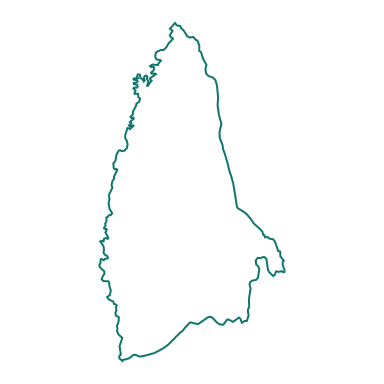 outline of Miabi, Kasaï-Oriental, Democratic Republic of the Congo
{"feature_id": "63176286B13611321695248", "entity_name": "Miabi", "entity_type": "district", "adm_level": 2, "iso_a3": "COD", "parent_name": "Democratic Republic of the Congo", "parent_adm1": "Kasaï-Oriental", "projection": "robinson", "projection_center": [23.286, -6.293], "detail": "fine", "context": "isolated", "style": "outline", "palette": "teal", "viewbox_px": 384, "rotation_deg": 0, "n_neighbors": 0, "source": "geoboundaries", "source_scale": "gbopen_adm2", "svg_char_len": 5580}
<svg xmlns="http://www.w3.org/2000/svg" viewBox="0 0 384 384"><path d="M103.4,281.1L108.4,281.3L109.1,282.2L109.4,286.0L110.8,290.5L110.5,292.0L109.9,295.1L107.1,297.0L108.7,299.4L113.3,301.6L113.7,303.1L114.0,303.9L116.1,304.6L116.7,305.5L116.4,306.2L115.8,307.9L116.2,309.4L116.5,310.2L115.4,312.9L115.7,314.5L115.9,315.6L118.8,317.1L118.6,321.5L117.7,324.1L116.9,326.2L117.5,328.7L117.0,331.0L118.4,334.4L122.3,337.9L119.8,345.4L119.8,345.6L119.6,346.2L120.2,350.6L120.8,354.3L119.6,356.0L119.2,356.5L119.3,358.2L122.4,361.0L122.8,359.9L125.0,359.5L127.0,359.0L129.2,358.2L129.9,357.7L131.4,356.6L133.1,355.2L135.1,354.7L136.4,355.2L138.2,356.1L140.4,356.6L146.0,355.4L146.7,355.2L148.2,354.8L149.6,354.3L154.0,353.2L155.7,352.3L158.4,351.0L161.0,349.5L164.0,347.8L167.9,344.9L169.2,343.7L170.7,342.2L172.1,340.7L174.7,338.4L175.9,336.8L178.0,334.9L179.7,333.2L180.9,332.0L182.5,330.9L183.2,330.2L184.1,328.9L185.6,327.0L187.1,325.5L188.1,324.5L189.8,322.6L190.7,322.5L190.8,322.4L193.7,323.3L198.3,324.0L201.7,321.6L203.1,320.7L207.9,317.3L209.7,316.8L211.0,317.1L212.1,317.4L216.9,322.5L217.0,322.6L220.0,324.5L223.3,324.7L226.4,320.5L226.6,320.3L227.0,319.7L228.6,319.5L233.0,321.9L238.8,317.6L239.3,317.9L240.4,318.7L241.9,322.8L244.5,321.0L246.8,321.0L248.6,315.4L247.9,311.2L247.8,310.4L249.2,306.6L249.0,301.7L248.9,299.3L250.6,288.3L250.4,287.8L250.4,287.7L249.5,284.6L249.8,283.6L250.4,281.8L251.6,281.0L252.2,280.6L252.9,280.5L255.9,280.0L256.8,279.0L258.0,277.8L258.7,272.7L259.3,269.0L258.1,266.1L256.3,264.6L256.0,262.9L255.9,261.8L255.7,260.5L257.0,258.8L257.7,257.9L258.3,258.0L260.7,258.1L262.3,257.3L263.2,257.1L264.2,256.9L266.4,258.8L267.1,263.6L267.1,263.8L268.0,269.9L268.1,270.0L268.9,271.8L273.1,275.9L274.1,275.6L274.3,275.5L276.2,271.4L277.5,271.6L279.2,271.8L281.6,271.1L282.8,271.9L283.6,272.3L284.4,272.0L284.5,271.0L284.6,270.4L283.6,267.6L282.9,265.8L282.8,264.5L282.6,262.2L283.4,260.3L283.5,260.3L282.1,258.5L280.3,256.2L280.3,254.1L280.2,251.5L278.2,251.1L277.5,248.9L275.1,242.0L273.9,240.3L273.2,239.3L272.7,239.2L269.1,238.5L268.0,237.2L266.5,237.2L265.1,237.3L264.5,235.7L264.4,235.2L264.1,235.1L263.2,234.8L262.4,231.6L260.6,229.7L259.9,229.0L253.6,223.3L251.3,219.6L247.9,215.5L245.0,212.7L241.1,210.2L238.7,208.8L238.1,208.5L236.9,206.7L235.3,196.0L233.2,183.4L231.6,177.6L229.7,171.8L229.2,170.0L229.1,169.9L227.6,163.3L225.0,154.4L224.4,152.8L223.0,148.9L222.5,144.9L220.6,140.0L219.7,137.6L219.6,134.2L219.5,132.2L219.7,131.3L219.8,130.6L220.6,127.3L221.4,123.9L220.4,120.2L219.0,115.0L217.6,105.7L217.8,101.7L218.1,97.4L217.0,85.9L215.5,80.2L213.7,78.4L212.8,77.5L212.7,77.5L209.6,76.4L208.4,75.9L206.2,73.7L205.5,70.0L205.4,69.3L206.4,64.6L205.7,63.5L203.0,58.7L201.9,54.9L201.1,52.3L199.2,50.8L199.3,45.7L198.6,43.7L197.4,40.5L196.0,40.1L194.3,38.1L193.4,37.0L192.1,37.2L189.8,37.5L188.9,37.1L187.2,36.2L183.4,30.1L181.2,28.4L180.3,26.3L180.1,25.9L177.4,25.5L176.8,25.4L176.6,25.1L175.0,23.0L173.8,24.3L170.0,28.7L171.1,29.7L172.5,30.9L171.4,32.7L169.8,35.4L170.6,36.7L171.0,37.5L172.1,37.8L172.6,38.0L172.8,39.2L170.3,41.6L168.7,43.2L166.6,46.9L164.4,49.2L163.6,50.0L162.1,50.0L160.6,50.1L157.1,51.6L155.8,52.9L155.2,56.6L155.4,57.2L155.9,58.6L156.7,59.4L157.0,59.6L160.3,60.0L160.9,60.7L158.6,63.2L157.9,65.0L155.0,64.8L152.6,64.5L150.7,65.6L150.1,66.0L151.2,67.1L152.5,67.0L153.7,66.9L153.9,67.9L154.1,68.7L154.0,69.2L153.5,70.5L151.1,72.6L151.5,73.6L155.1,73.6L155.5,73.9L155.9,74.2L152.8,76.3L151.7,77.1L149.9,78.4L150.3,79.7L151.0,80.1L151.6,80.5L147.9,85.8L147.1,85.7L147.7,83.8L148.4,81.5L146.9,78.7L147.4,76.9L146.9,76.0L146.8,75.9L145.5,75.6L144.3,76.6L144.1,77.5L144.0,78.2L144.7,80.5L143.8,81.4L142.3,79.0L141.2,78.4L140.6,78.1L140.4,77.4L139.7,74.5L137.8,74.4L137.0,76.1L138.0,78.0L133.7,78.5L133.4,79.1L133.8,79.7L133.9,79.8L137.1,80.1L137.7,81.4L137.0,82.4L133.7,83.0L133.8,84.0L134.7,84.3L137.0,85.0L137.4,85.1L137.7,86.6L137.4,87.0L136.9,87.7L136.4,87.7L134.3,87.5L133.4,88.3L134.0,89.0L135.6,90.8L134.4,93.2L134.7,93.8L138.0,93.8L138.5,97.3L139.5,98.2L140.1,98.7L139.2,101.6L136.4,103.8L136.2,105.4L132.9,111.8L132.9,114.4L130.5,116.8L131.4,118.0L132.7,117.8L133.4,117.6L133.7,118.8L129.9,122.0L131.3,123.2L128.9,125.4L129.3,125.8L129.7,126.3L131.0,125.9L131.3,125.8L132.8,125.3L133.5,125.9L132.7,126.6L129.9,129.1L129.8,128.9L129.7,128.5L127.4,128.1L126.6,130.8L125.2,135.3L125.2,138.0L126.5,140.3L126.8,140.9L127.6,144.3L127.0,147.3L126.9,148.0L125.6,149.4L124.4,150.7L122.0,151.2L119.9,150.2L119.5,150.4L118.7,150.6L116.9,153.7L116.8,153.9L116.7,154.1L116.3,155.8L115.5,160.6L114.4,162.0L113.3,163.5L113.7,168.0L114.7,169.3L116.7,169.1L117.3,169.9L113.9,176.8L114.0,177.7L114.0,178.8L112.3,181.3L111.6,185.1L111.7,185.6L112.4,187.8L109.2,194.3L109.2,194.5L109.0,196.1L109.4,198.5L109.5,199.0L108.6,203.4L108.8,204.3L109.5,208.8L112.2,213.3L110.9,214.9L108.7,215.4L107.5,217.1L106.4,217.5L106.4,221.4L105.2,223.6L105.3,223.9L105.6,225.5L104.0,227.8L104.3,228.6L104.4,228.8L105.3,228.9L106.4,228.9L106.5,229.0L106.8,229.6L105.4,232.5L106.1,233.7L108.2,237.5L107.9,238.3L107.7,238.8L105.8,238.1L104.2,238.5L103.9,239.8L103.5,241.4L102.2,240.7L101.2,241.0L100.2,241.4L101.8,243.7L103.4,246.0L104.0,249.6L103.5,252.3L104.5,254.5L106.1,255.4L107.6,256.3L107.7,256.6L107.9,257.9L107.4,258.3L107.0,258.7L106.0,258.7L105.4,258.6L103.7,260.2L101.5,259.0L101.3,259.1L100.7,259.3L100.6,261.2L100.4,263.0L99.8,264.1L99.4,264.8L99.5,265.8L99.5,266.4L99.7,266.6L100.6,268.0L104.1,271.1L104.3,272.4L104.5,273.7L103.5,275.2L102.8,276.1L101.7,279.5L102.9,280.6L103.4,281.1Z" fill="none" stroke="#0f766e" stroke-width="2"/></svg>